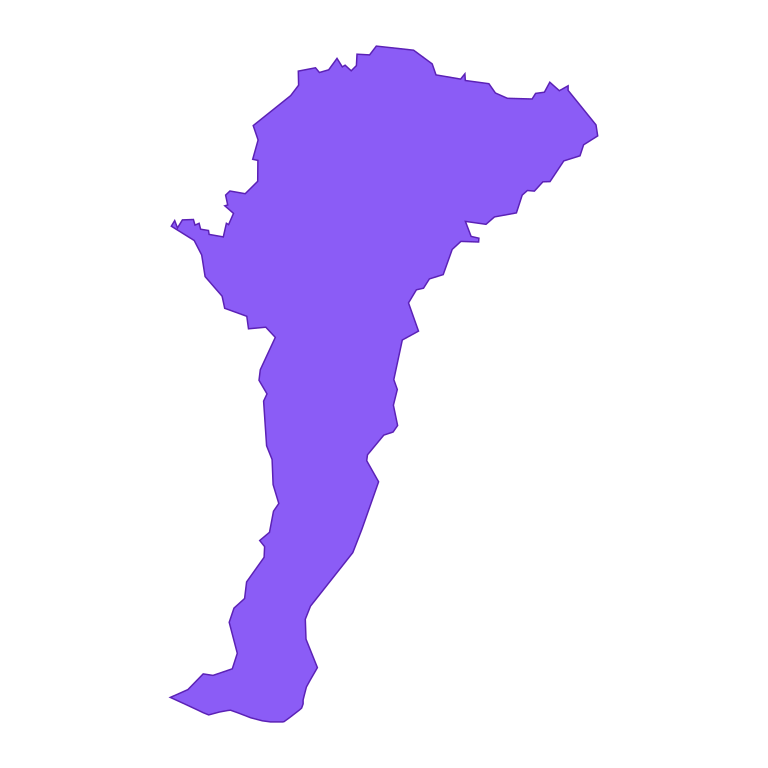 outline of Ohrid, Ohrid, North Macedonia
{"feature_id": "65306769B86752814527149", "entity_name": "Ohrid", "entity_type": "district", "adm_level": 2, "iso_a3": "MKD", "parent_name": "North Macedonia", "parent_adm1": "Ohrid", "projection": "orthographic", "projection_center": [20.849, 41.081], "detail": "fine", "context": "isolated", "style": "filled", "palette": "violet", "viewbox_px": 768, "rotation_deg": 0, "n_neighbors": 0, "source": "geoboundaries", "source_scale": "gbopen_adm2", "svg_char_len": 1902}
<svg xmlns="http://www.w3.org/2000/svg" viewBox="0 0 768 768"><path d="M174.7,220.6L171.3,226.2L194.2,240.5L201.7,255.0L205.1,276.6L222.1,296.2L224.7,308.3L246.8,316.3L248.5,328.8L265.8,327.2L275.3,337.4L260.3,369.7L259.0,380.3L267.0,393.9L263.6,401.1L266.6,445.8L272.1,459.5L273.1,484.6L278.8,503.5L273.5,511.2L269.5,532.3L259.7,540.5L264.6,546.6L264.1,557.3L246.6,581.9L244.6,598.5L234.0,608.1L229.2,622.3L237.3,653.3L232.3,668.8L213.0,675.4L203.2,673.9L187.9,689.6L170.3,697.4L180.8,702.2L197.4,709.9L203.2,712.7L208.7,714.9L219.5,712.0L227.7,710.5L230.5,710.2L238.1,712.9L250.8,717.8L262.3,720.8L270.4,721.9L282.8,721.9L284.1,721.6L289.2,717.9L299.2,710.2L301.6,708.1L303.1,703.9L303.1,700.0L304.1,695.9L306.4,687.0L310.3,679.9L316.5,669.2L317.4,667.6L306.0,639.2L305.3,619.2L310.5,606.1L352.8,552.6L361.9,529.2L378.6,481.8L366.7,460.7L367.5,454.8L383.8,435.1L393.1,432.0L397.6,425.5L393.4,405.2L397.3,389.5L393.8,379.6L402.3,340.0L418.5,331.1L408.5,302.9L416.4,289.8L423.5,288.2L429.4,278.9L443.2,274.6L452.2,249.4L460.9,241.4L478.6,242.0L478.9,238.2L471.1,236.4L465.4,221.4L486.0,224.3L494.5,216.9L516.4,212.9L522.2,195.1L527.4,190.5L534.4,191.1L542.9,181.8L550.0,181.6L563.8,160.9L580.0,155.8L583.6,144.8L597.7,135.9L596.0,124.9L568.1,90.4L568.1,85.8L559.3,90.7L549.8,82.2L544.4,92.2L535.6,93.4L532.1,99.0L507.4,98.3L495.4,93.0L488.9,83.7L465.3,80.5L464.9,73.8L460.6,79.1L436.0,74.9L432.2,63.9L413.6,50.2L376.3,46.1L369.6,54.9L357.0,54.2L356.4,65.6L351.2,70.8L345.1,65.2L342.3,66.9L337.0,58.4L328.7,69.8L319.4,72.5L315.5,67.8L298.3,71.1L298.6,85.2L290.7,95.6L253.2,125.6L258.1,140.0L252.7,159.3L257.9,160.4L257.7,181.3L245.2,193.7L229.9,191.0L225.6,195.1L227.7,205.0L224.8,205.8L233.5,213.4L228.6,224.6L226.4,223.3L223.3,236.9L209.1,234.4L208.5,230.5L200.6,229.2L199.1,223.3L195.0,225.1L193.4,219.5L182.4,219.9L177.5,227.9L174.7,220.6Z" fill="#8b5cf6" stroke="#5b21b6" stroke-width="1.5"/></svg>